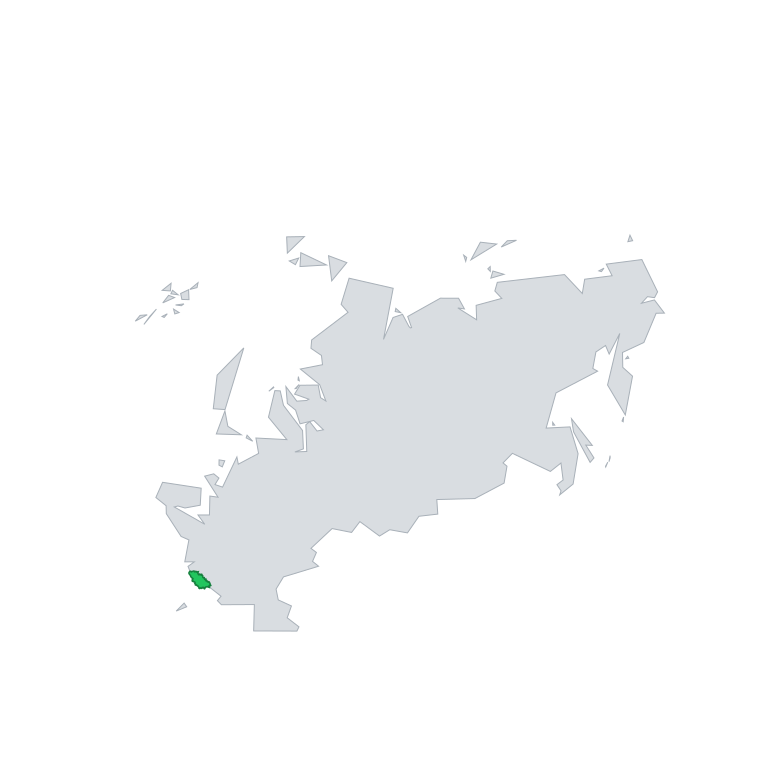 Russia, with Pskov highlighted, rotated 334°
{"feature_id": "RUS-2335", "entity_name": "Pskov", "entity_type": "Region", "adm_level": 1, "iso_a3": "RUS", "parent_name": "Russia", "parent_adm1": "", "projection": "mercator", "projection_center": [29.766, 57.296], "detail": "fine", "context": "in_parent", "style": "filled", "palette": "green", "viewbox_px": 768, "rotation_deg": 334, "n_neighbors": 0, "source": "natural_earth", "source_scale": "10m", "svg_char_len": 7035}
<svg xmlns="http://www.w3.org/2000/svg" viewBox="0 0 768 768"><g transform="rotate(334 384 384)"><path d="M510.1,556.8L493.3,560.7L496.3,557.6L495.3,550.3L502.9,548.8L508.4,532.6L495.2,535.5L469.0,502.6L456.4,507.1L458.5,511.8L448.5,525.7L415.5,526.8L380.8,511.0L375.3,524.5L357.4,518.2L339.8,528.1L325.3,517.5L313.3,518.7L302.0,497.1L289.8,503.2L274.0,491.2L246.3,499.7L249.4,505.8L242.0,512.1L245.3,519.1L209.1,513.3L197.1,521.0L194.3,531.7L203.5,542.9L194.5,551.7L201.1,565.0L197.4,567.9L158.6,548.8L170.8,525.4L141.1,511.1L139.3,505.7L144.5,503.3L138.1,490.1L126.4,481.9L127.9,462.0L135.5,460.7L127.0,456.5L140.3,438.6L134.8,432.1L131.5,405.1L134.8,397.9L129.2,386.0L141.9,375.3L174.0,397.5L165.7,412.4L150.8,408.2L145.3,403.3L141.6,402.6L161.4,431.5L159.4,420.2L169.7,425.2L178.4,408.4L185.2,413.0L182.4,388.2L191.6,390.1L194.4,396.2L188.0,400.3L193.7,405.9L219.8,385.1L217.9,392.2L240.9,391.4L245.2,376.4L272.3,391.4L265.6,363.2L283.0,342.1L287.7,344.7L284.3,359.1L290.4,390.1L283.1,407.0L274.1,406.0L285.0,410.8L295.9,386.4L300.7,385.2L303.2,396.9L309.5,398.6L304.9,386.0L291.1,383.0L293.1,368.7L288.6,359.2L294.7,343.3L298.1,361.2L307.3,364.9L309.8,364.7L299.2,353.9L307.9,348.3L324.4,356.1L321.0,368.5L324.3,373.8L325.9,356.5L315.4,333.9L337.2,339.7L340.3,330.9L334.0,319.9L338.3,312.7L383.1,303.8L380.4,293.6L399.0,273.6L434.2,302.0L403.1,343.7L421.3,328.2L431.2,329.5L431.6,343.1L432.2,345.1L433.5,345.4L434.9,333.7L472.3,331.6L488.6,339.6L489.2,351.8L483.7,348.0L495.4,366.9L501.3,353.7L527.4,358.7L524.4,349.0L530.4,342.3L594.2,364.8L601.9,389.6L610.3,377.8L636.5,386.7L636.3,373.7L670.3,385.2L670.3,421.1L665.0,425.0L659.1,421.0L650.8,424.3L663.9,427.0L667.1,443.2L659.6,439.7L635.8,460.6L612.2,460.2L605.9,473.7L610.8,485.9L587.3,517.6L584.5,482.9L618.1,441.9L599.5,455.8L600.0,446.5L588.5,448.1L578.5,461.6L581.6,466.1L534.7,467.4L510.4,494.7L532.4,504.1L527.9,531.7L510.1,556.8ZM273.8,290.1L229.9,337.3L219.7,331.4L237.9,302.9L273.8,290.1ZM537.3,497.4L544.3,530.5L538.6,527.4L540.3,542.5L534.9,544.8L533.4,510.1L537.3,497.4ZM211.4,355.4L229.2,338.5L225.1,353.6L233.5,367.1L211.4,355.4ZM516.6,310.5L532.8,298.8L546.6,307.6L516.6,310.5ZM366.8,229.5L384.5,251.8L360.0,241.6L366.8,229.5ZM361.0,209.1L377.1,216.6L354.5,224.0L361.0,209.1ZM390.4,244.4L403.8,258.6L382.2,268.4L390.4,244.4ZM549.4,312.3L557.6,309.3L566.1,312.9L549.4,312.3ZM97.7,497.0L108.3,493.3L109.0,497.7L97.7,497.0ZM203.0,220.6L212.3,216.9L194.3,225.2L203.0,220.6ZM531.4,330.2L539.9,338.0L526.4,335.7L531.4,330.2ZM207.2,383.2L202.3,387.6L200.1,384.6L202.5,379.9L207.2,383.2ZM220.7,214.1L229.3,209.9L233.7,214.5L220.7,214.1ZM249.7,213.6L245.7,222.7L239.4,219.4L240.9,213.5L249.7,213.6ZM258.2,215.4L250.9,213.9L261.3,211.4L258.2,215.4ZM238.5,370.0L240.9,377.9L236.5,372.0L238.5,370.0ZM362.6,233.4L356.7,237.9L352.8,231.9L362.6,233.4ZM225.7,202.6L236.8,200.1L232.8,206.7L225.7,202.6ZM670.3,364.2L665.6,363.0L670.3,358.1L670.3,364.2ZM194.8,215.4L201.5,218.0L188.0,218.5L194.8,215.4ZM283.4,338.9L277.3,340.0L283.4,338.2L283.4,338.9ZM427.8,321.2L430.3,327.2L425.8,323.8L427.8,321.2ZM632.5,376.3L628.7,378.3L626.7,376.5L632.5,376.3ZM236.2,224.8L231.3,221.6L239.3,224.3L236.2,224.8ZM235.0,207.1L238.1,213.6L232.0,209.5L235.0,207.1ZM555.8,547.5L554.8,549.6L552.1,552.5L555.8,547.5ZM227.7,224.4L231.2,230.0L226.7,229.3L227.7,224.4ZM307.5,347.2L303.1,349.6L302.1,349.2L307.5,347.2ZM615.3,468.2L612.3,467.3L615.2,465.9L615.3,468.2ZM530.9,325.0L528.9,329.4L527.8,326.0L530.9,325.0ZM518.8,492.4L519.4,495.8L517.6,495.0L518.8,492.4ZM584.9,518.7L582.4,522.8L581.7,521.6L584.9,518.7ZM220.0,225.9L215.6,227.8L214.1,226.0L220.0,225.9ZM310.3,339.8L309.3,344.0L308.4,342.8L310.3,339.8ZM513.8,306.5L511.2,309.6L512.1,303.1L513.8,306.5ZM547.0,555.1L550.9,552.3L546.9,555.8L547.0,555.1Z" fill="#d9dde1" stroke="#a8b0b8" stroke-width="1"/><path d="M126.7,478.6L126.4,478.3L126.1,478.2L126.0,477.8L126.0,477.7L126.0,477.4L125.4,477.4L125.3,477.1L125.5,477.0L125.5,476.9L125.5,476.7L125.5,476.4L125.9,476.2L126.0,476.1L125.9,475.9L126.0,475.7L126.6,475.4L126.9,475.3L127.0,475.2L126.9,475.0L126.5,474.9L126.5,474.7L126.5,474.3L126.4,474.2L126.4,473.9L126.4,473.7L126.2,473.4L125.9,472.8L125.9,472.4L125.9,472.1L126.1,471.6L125.6,469.1L125.8,468.3L126.6,467.6L126.8,467.6L127.3,467.3L127.5,467.5L127.6,467.4L127.9,467.5L128.1,467.5L128.3,467.7L128.3,467.8L128.4,468.0L128.5,468.2L128.7,468.5L128.9,468.4L129.2,468.4L129.6,468.4L130.4,468.6L130.6,468.6L131.1,468.7L131.2,468.8L131.4,469.0L131.5,469.2L131.6,469.3L132.1,469.5L132.3,469.7L132.4,469.9L132.2,470.0L132.9,470.2L132.9,470.3L133.0,470.3L133.0,470.5L133.3,470.6L133.2,470.8L133.2,471.0L133.3,471.1L133.5,471.2L133.8,471.2L134.1,471.3L134.4,471.2L134.8,471.3L134.7,471.4L134.6,471.6L134.2,471.9L134.1,472.0L133.7,472.5L133.6,472.9L133.7,473.1L133.8,473.1L133.7,473.7L133.7,473.8L133.8,473.8L134.0,473.7L134.3,473.9L134.5,474.0L134.8,474.0L134.6,474.4L134.5,474.5L135.1,474.7L135.3,474.8L136.7,475.0L136.8,475.1L136.8,475.3L136.7,475.6L136.4,475.7L136.3,475.8L136.6,475.9L136.7,476.0L136.5,476.3L136.7,476.6L137.0,476.8L136.8,477.4L136.6,477.7L136.6,477.8L136.6,478.0L136.6,478.3L136.4,478.5L136.5,478.7L136.7,478.8L137.6,479.2L137.6,479.3L137.4,479.5L137.2,479.6L137.1,479.8L137.2,480.0L137.2,480.6L137.1,481.0L137.3,481.2L137.7,481.2L137.8,481.3L138.0,481.2L138.4,481.1L138.4,481.4L138.3,481.5L138.2,481.6L138.1,481.9L138.1,482.0L137.9,482.2L137.7,482.2L137.7,482.3L137.7,482.5L137.8,482.5L137.8,482.9L137.9,483.1L138.0,483.2L138.3,483.1L138.6,483.0L138.7,483.3L138.7,483.5L138.5,484.0L138.5,484.3L138.8,484.4L138.9,484.5L139.1,484.5L139.2,484.8L139.2,485.1L139.3,485.2L139.5,485.1L139.5,485.3L140.2,485.4L140.2,485.5L140.2,486.0L140.1,486.6L140.2,486.8L140.2,487.0L140.1,487.3L139.9,487.4L139.7,487.6L139.8,487.8L139.9,488.1L139.9,488.5L140.1,488.9L140.1,489.1L139.9,489.2L139.7,489.1L139.4,489.0L139.2,489.1L138.6,488.8L138.6,489.0L138.5,489.3L138.4,489.4L138.3,489.5L138.2,489.5L138.2,489.9L138.1,490.1L138.0,489.9L137.9,489.8L137.7,489.9L137.6,490.0L137.4,489.7L137.1,489.6L136.9,489.4L137.0,489.2L136.9,489.2L136.6,488.9L136.5,488.7L135.8,488.5L135.7,488.4L135.3,488.5L135.2,488.5L134.8,488.4L134.7,488.3L134.4,488.5L134.2,488.8L133.8,488.8L133.7,488.8L133.4,489.0L133.1,489.4L132.9,489.4L132.8,489.1L132.6,489.0L132.5,488.9L132.5,488.7L132.6,488.4L132.6,488.1L132.8,488.0L132.9,487.9L132.7,487.7L132.1,487.5L131.8,487.3L131.6,487.2L131.4,487.2L131.2,487.3L130.8,487.5L130.7,487.6L130.7,487.8L130.3,487.7L130.2,487.6L130.2,487.4L130.1,487.2L129.9,486.8L129.6,486.8L129.1,486.8L128.9,487.1L128.7,487.1L128.6,486.8L128.3,486.6L128.2,486.5L128.3,486.3L128.3,486.2L128.4,485.9L128.5,485.7L128.3,485.1L128.3,484.9L128.3,484.6L128.1,484.3L128.1,484.2L128.2,483.9L127.8,483.7L127.7,483.6L127.7,483.4L127.7,483.1L127.3,482.7L127.2,482.6L127.3,482.5L127.3,482.3L127.4,482.2L127.2,481.9L126.9,481.8L126.5,482.0L126.4,481.9L126.5,481.7L126.7,481.2L126.7,480.9L126.8,480.7L126.7,480.4L126.6,480.2L127.0,480.0L127.1,479.9L127.1,479.7L127.2,479.2L127.1,478.9L126.7,478.6Z" fill="#22c55e" stroke="#15803d" stroke-width="1.5"/></g></svg>